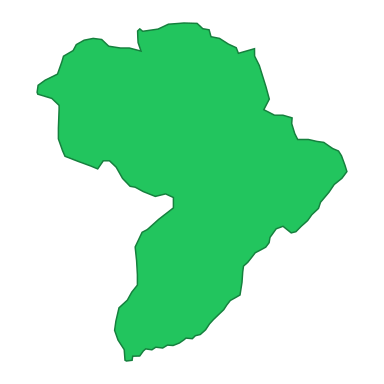 the district of Dora, Limassol, Cyprus
{"feature_id": "46923920B60204225307219", "entity_name": "Dora", "entity_type": "district", "adm_level": 2, "iso_a3": "CYP", "parent_name": "Cyprus", "parent_adm1": "Limassol", "projection": "mercator", "projection_center": [32.731, 34.777], "detail": "fine", "context": "isolated", "style": "filled", "palette": "green", "viewbox_px": 384, "rotation_deg": 0, "n_neighbors": 0, "source": "geoboundaries", "source_scale": "gbopen_adm2", "svg_char_len": 1774}
<svg xmlns="http://www.w3.org/2000/svg" viewBox="0 0 384 384"><path d="M63.5,56.2L61.9,61.7L57.5,74.1L45.1,80.2L38.1,85.3L37.1,92.3L37.8,94.2L51.8,98.4L59.1,105.4L59.1,109.2L58.4,128.1L58.4,138.9L62.6,150.8L65.0,156.3L78.7,161.6L91.0,166.1L97.7,168.9L103.3,160.8L109.5,160.8L116.2,167.2L122.6,178.5L130.1,186.3L135.2,187.2L143.3,191.6L155.3,196.4L165.6,193.9L173.4,197.5L173.4,207.9L158.6,219.4L148.3,228.7L146.9,229.8L142.1,232.3L135.2,246.9L135.3,248.4L136.6,260.7L137.4,274.7L137.4,285.1L131.8,292.1L127.3,300.2L119.0,307.8L115.9,321.1L114.6,330.3L118.0,340.0L124.2,349.6L125.0,360.2L126.4,361.0L132.1,360.3L132.7,356.2L139.7,356.0L143.4,350.9L145.7,348.9L151.9,349.8L155.8,347.2L162.7,348.0L167.5,345.1L173.1,345.5L179.4,343.0L184.1,339.7L186.0,338.1L192.3,338.7L195.4,335.7L200.3,334.5L205.6,329.8L209.5,323.9L213.5,319.5L218.5,314.7L223.8,309.6L226.7,305.1L230.3,300.5L240.0,295.0L242.0,282.3L242.7,272.1L243.5,266.1L247.7,262.4L252.2,256.7L255.2,252.8L265.7,247.2L269.1,242.7L270.0,237.4L276.2,228.8L283.0,226.3L291.2,232.9L294.7,232.0L295.9,231.7L301.2,226.3L307.6,220.6L311.9,214.6L318.5,208.4L320.5,202.3L329.0,192.2L334.2,184.5L341.9,178.3L346.9,171.6L345.0,165.4L341.5,155.8L339.2,152.1L338.5,151.0L332.8,148.6L328.8,145.9L323.8,142.4L316.8,141.4L311.6,140.2L308.4,139.5L297.7,139.5L294.7,133.5L291.7,123.6L292.1,117.9L282.9,115.2L274.5,115.2L263.8,109.7L269.3,99.1L266.0,87.0L259.3,65.5L254.6,56.1L254.5,48.7L238.4,53.3L236.2,47.7L228.4,44.1L219.5,38.4L211.0,36.7L209.1,29.8L202.8,28.7L197.1,23.4L183.8,23.0L179.2,23.4L168.4,24.2L158.0,29.1L142.7,31.3L139.8,28.9L137.6,31.0L137.8,37.2L138.1,42.6L141.0,51.1L129.3,48.0L120.4,48.0L108.7,46.2L101.7,39.5L93.2,38.4L84.1,40.2L76.3,44.6L73.1,50.6L63.5,56.2Z" fill="#22c55e" stroke="#15803d" stroke-width="1.5"/></svg>